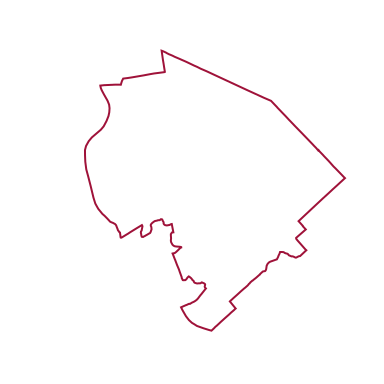 Radovanu, Calarasi, Romania, rotated 207°
{"feature_id": "2599482B28336823997090", "entity_name": "Radovanu", "entity_type": "district", "adm_level": 2, "iso_a3": "ROU", "parent_name": "Romania", "parent_adm1": "Calarasi", "projection": "mercator", "projection_center": [26.509, 44.188], "detail": "fine", "context": "isolated", "style": "outline", "palette": "rose", "viewbox_px": 384, "rotation_deg": 207, "n_neighbors": 0, "source": "geoboundaries", "source_scale": "gbopen_adm2", "svg_char_len": 5670}
<svg xmlns="http://www.w3.org/2000/svg" viewBox="0 0 384 384"><g transform="rotate(207 192 192)"><path d="M142.8,302.0L146.6,303.3L153.8,305.8L154.3,306.0L154.7,306.2L162.4,308.9L162.9,309.1L164.6,309.0L170.8,308.6L190.0,307.8L217.5,306.8L225.6,306.5L231.7,306.3L234.2,306.2L240.2,305.8L242.0,305.8L244.1,305.8L245.9,305.7L247.3,305.6L251.8,305.5L255.7,305.4L257.8,305.3L261.0,305.1L263.0,305.0L266.0,304.8L268.8,304.6L271.2,304.6L272.8,304.5L275.0,304.3L276.6,304.3L277.5,304.3L278.3,304.4L281.3,304.3L282.4,304.2L283.2,304.1L278.0,296.7L275.7,293.6L273.4,290.4L270.7,286.7L271.1,286.2L276.5,282.5L279.6,280.4L282.8,278.0L288.1,273.9L292.8,270.4L297.5,266.9L299.3,265.6L301.4,264.1L302.9,263.1L304.8,261.8L304.8,259.7L304.8,259.1L304.4,256.7L304.3,256.3L304.1,255.3L309.1,252.8L317.0,248.3L318.6,247.4L322.0,245.2L321.5,244.5L320.4,243.2L318.4,241.5L318.2,241.4L316.8,240.4L315.5,239.5L314.8,239.0L311.0,236.5L309.9,235.8L308.6,234.9L305.5,232.2L303.5,229.2L301.9,225.5L300.9,221.8L300.4,216.5L300.5,210.4L301.5,206.1L306.0,195.2L307.1,190.4L307.3,184.9L306.4,180.8L303.9,176.0L300.8,170.5L296.5,164.2L291.7,158.9L285.0,151.3L277.2,142.2L272.9,137.8L270.4,136.1L267.8,134.4L261.9,131.8L260.3,131.4L259.1,131.1L256.1,130.1L254.7,129.6L252.8,128.9L251.6,128.4L250.4,128.4L248.3,128.6L245.9,128.5L244.5,127.9L243.1,126.6L241.7,125.4L240.6,124.3L240.0,124.0L239.2,123.7L238.5,123.2L238.2,123.2L237.8,123.2L235.7,120.2L235.3,119.5L235.0,119.2L234.8,119.0L234.7,119.0L234.4,119.1L234.0,119.6L233.8,119.8L230.8,124.7L230.2,125.6L229.2,127.4L228.8,128.1L224.9,134.5L223.1,137.4L222.3,138.7L221.7,139.6L221.6,139.8L221.4,139.7L221.0,139.4L220.8,139.2L220.5,138.8L220.4,138.4L219.8,136.2L219.7,135.8L219.5,135.2L219.4,135.0L219.4,134.4L219.5,133.6L219.3,133.2L219.2,132.7L219.0,132.4L218.1,131.3L217.5,130.4L217.1,130.0L216.7,129.5L216.6,129.4L216.4,129.3L215.5,129.6L215.1,129.8L215.0,130.0L214.8,130.4L214.0,131.4L213.6,132.1L212.5,133.7L211.5,135.3L210.8,136.3L210.7,136.8L210.7,137.6L210.9,139.0L211.1,140.4L212.1,142.0L212.8,142.8L213.4,143.2L213.8,144.0L213.8,144.9L213.7,145.3L213.5,146.0L213.3,146.6L213.0,147.2L212.1,149.0L211.6,149.5L211.2,149.8L210.5,150.4L210.2,150.6L209.8,151.0L209.6,151.3L209.0,151.7L208.6,151.9L208.1,152.2L208.0,152.3L207.8,152.6L207.7,152.8L207.6,153.2L207.5,153.4L207.3,153.7L207.0,153.8L206.7,153.9L206.3,154.0L206.1,154.0L205.8,153.8L205.2,153.2L204.9,153.0L203.6,152.2L202.9,150.9L202.6,150.7L202.4,150.6L201.9,150.4L201.5,150.3L200.8,150.3L200.2,150.5L199.7,150.6L199.1,150.9L198.4,151.4L197.9,151.8L197.3,152.3L197.0,152.5L196.7,152.9L196.5,153.3L195.9,154.0L195.5,154.3L190.3,147.6L191.5,146.8L191.6,145.9L191.7,144.8L191.4,144.3L191.0,143.5L190.2,142.2L189.6,141.2L189.0,139.6L188.6,138.8L187.7,137.7L186.8,137.1L185.5,136.2L184.1,135.8L182.8,135.8L181.2,136.3L178.4,137.5L177.6,137.8L176.6,138.0L176.4,137.7L176.6,137.5L176.7,137.3L177.0,136.9L177.3,136.1L177.4,135.8L177.9,134.2L178.9,131.4L179.2,130.7L179.5,130.1L179.7,129.7L179.9,129.6L180.3,129.2L180.7,129.0L181.2,128.6L181.4,128.4L180.9,128.0L179.9,127.1L176.9,124.4L176.3,123.9L176.1,123.8L175.4,123.1L172.1,120.1L168.4,117.0L166.8,115.4L163.8,112.6L162.5,111.4L162.1,110.7L161.7,110.4L161.0,109.9L160.2,109.3L159.6,109.5L157.9,110.5L157.4,111.8L157.3,112.9L157.1,114.0L156.6,115.3L155.7,115.3L154.6,115.0L153.6,114.8L152.1,114.1L151.5,113.7L151.1,113.7L150.5,113.6L150.2,113.5L150.0,113.3L149.7,113.0L149.3,112.7L148.7,112.4L148.1,112.4L147.5,112.5L146.3,112.7L145.4,113.1L144.4,113.8L143.3,114.3L142.8,114.8L142.4,115.8L142.2,115.9L141.6,116.0L140.5,116.0L139.6,116.1L138.8,115.9L138.4,115.7L138.1,115.1L137.9,114.1L137.7,113.4L137.2,112.9L136.6,112.6L135.8,112.4L135.9,111.9L136.3,110.1L137.3,105.1L137.6,104.0L138.1,101.2L138.2,100.6L138.3,100.0L138.5,99.2L138.7,98.7L138.8,98.3L138.9,97.9L139.0,97.8L139.6,96.5L139.9,96.0L140.2,95.6L140.5,95.0L140.7,94.8L141.9,93.3L142.0,93.1L142.3,92.6L142.9,91.6L143.1,91.3L143.6,91.2L144.1,90.8L145.0,89.6L145.7,88.7L145.9,88.6L149.4,84.3L146.7,82.3L141.0,78.6L136.6,76.5L132.7,75.4L129.7,75.2L126.8,74.9L119.9,75.8L114.0,76.8L111.7,77.3L110.6,80.3L109.9,82.7L109.4,83.7L107.9,87.8L107.2,89.8L106.8,90.8L105.5,94.2L104.4,97.0L103.3,99.8L102.4,102.4L100.9,106.0L100.7,106.7L100.3,107.8L100.2,108.0L108.6,111.7L107.9,113.7L107.6,114.4L107.0,116.1L105.2,120.7L103.7,124.7L103.5,125.3L101.7,129.8L101.0,131.3L100.8,131.9L100.6,132.4L100.3,133.1L100.0,133.9L99.8,134.6L99.7,135.1L99.6,135.9L99.4,136.3L99.2,136.6L99.1,137.3L98.9,138.0L98.9,138.3L98.4,139.3L98.2,139.9L98.1,140.2L97.9,140.4L97.7,140.7L97.2,142.0L96.7,143.0L96.4,143.7L95.9,144.8L94.8,147.6L94.3,148.9L94.0,149.4L94.1,149.8L93.2,152.2L92.9,153.0L92.8,153.3L92.3,153.7L91.7,154.2L91.0,154.7L90.9,155.0L90.8,155.5L90.8,156.0L90.8,156.5L91.1,157.6L92.0,160.2L92.0,162.4L91.4,164.3L90.6,165.5L88.4,167.8L86.7,169.6L85.8,170.5L85.8,171.1L85.8,172.1L85.8,173.2L86.0,174.6L86.0,176.8L86.3,178.5L85.3,179.0L83.7,179.8L82.9,180.0L81.8,179.8L80.1,180.0L79.6,180.2L79.0,180.3L78.2,180.2L77.0,179.6L74.1,179.8L73.3,180.3L72.1,180.5L70.5,180.5L70.2,180.5L69.6,180.7L69.2,181.1L68.3,182.4L67.7,183.2L66.8,183.9L66.6,184.0L63.7,192.0L64.8,192.3L66.6,193.0L72.6,195.4L75.9,196.7L77.7,197.5L78.0,197.8L78.2,198.0L78.4,198.4L73.6,210.3L77.7,211.8L77.8,212.1L83.8,214.4L78.0,230.5L72.3,246.2L70.1,252.0L68.3,256.9L67.7,258.6L65.9,263.3L64.5,267.1L62.5,272.5L62.0,273.8L63.6,274.3L74.9,278.2L77.5,279.0L84.1,281.6L90.7,283.9L92.2,284.5L96.6,286.0L97.8,286.6L98.3,286.8L98.4,286.3L100.7,287.3L101.7,287.7L104.1,288.5L106.0,289.2L115.2,292.4L116.1,292.7L121.6,294.6L129.9,297.4L137.0,299.9L138.8,300.5L139.8,300.9L142.0,301.7L142.8,302.0Z" fill="none" stroke="#9f1239" stroke-width="2"/></g></svg>